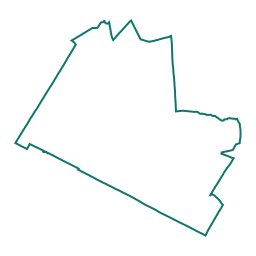 Dragotesti, Dolj, Romania
{"feature_id": "2599482B56727122450816", "entity_name": "Dragotesti", "entity_type": "district", "adm_level": 2, "iso_a3": "ROU", "parent_name": "Romania", "parent_adm1": "Dolj", "projection": "equal_earth", "projection_center": [24.092, 44.259], "detail": "fine", "context": "isolated", "style": "outline", "palette": "teal", "viewbox_px": 256, "rotation_deg": 0, "n_neighbors": 0, "source": "geoboundaries", "source_scale": "gbopen_adm2", "svg_char_len": 3838}
<svg xmlns="http://www.w3.org/2000/svg" viewBox="0 0 256 256"><path d="M226.5,151.4L226.4,151.4L232.8,150.0L235.8,144.5L239.7,143.1L239.9,140.3L240.3,138.4L240.4,137.2L240.5,135.2L240.6,133.9L240.4,128.8L239.9,126.2L239.8,125.2L239.9,124.8L239.9,124.3L239.4,123.4L238.5,121.8L237.0,118.8L235.6,119.4L234.9,118.8L231.2,118.5L229.6,118.1L227.8,118.5L227.1,119.2L224.2,119.4L223.8,120.3L222.7,120.7L221.0,120.3L219.0,118.8L217.5,117.8L214.9,115.8L214.2,116.1L213.4,116.0L212.0,115.6L211.5,115.2L210.7,114.7L209.3,114.9L207.8,114.9L206.2,114.7L204.8,114.0L203.6,114.1L202.1,113.6L200.7,113.8L199.6,113.5L198.7,112.7L197.5,111.9L196.4,111.8L194.4,111.9L183.0,110.7L176.0,111.4L176.0,111.1L175.9,109.4L175.8,108.0L175.8,107.2L175.7,105.1L175.6,103.0L175.5,101.7L175.3,98.3L175.1,94.9L175.0,91.4L174.5,84.9L174.4,82.5L173.9,76.2L173.7,75.1L173.4,72.2L173.3,69.1L172.6,63.5L172.6,62.2L172.3,58.0L172.2,52.9L172.0,48.3L171.9,44.9L171.6,40.7L171.2,37.9L171.0,35.9L170.4,36.1L168.9,37.0L164.9,37.8L157.9,39.8L153.3,41.0L149.7,41.7L147.7,41.5L146.2,41.0L144.4,40.5L142.4,39.8L140.7,39.4L137.2,32.7L133.8,25.9L132.1,22.4L131.4,21.1L131.1,20.5L130.5,21.0L129.9,21.5L129.3,22.1L128.6,22.9L126.3,25.4L124.8,27.0L123.6,28.4L121.8,30.5L120.5,31.8L119.5,32.8L115.4,37.6L114.2,38.9L113.6,39.5L113.5,39.8L113.3,40.0L113.2,40.1L112.9,39.5L112.5,38.6L112.1,37.5L111.8,36.6L111.5,35.6L111.0,33.2L110.7,31.0L110.2,28.2L109.7,25.6L109.5,24.4L109.4,23.5L109.1,22.2L108.8,22.5L108.3,23.1L107.9,23.4L107.7,23.5L107.3,23.6L106.9,23.6L106.4,23.5L106.1,23.4L105.8,23.3L105.4,23.0L105.2,22.7L105.1,22.3L104.9,21.9L104.7,21.6L104.6,21.3L104.5,21.1L104.4,21.0L104.3,20.9L104.2,20.9L103.9,21.3L103.4,21.9L103.0,22.2L102.5,22.2L102.3,22.2L101.8,22.4L100.8,22.6L99.9,24.1L98.9,25.6L97.3,27.9L94.8,28.1L92.4,28.0L83.0,33.7L79.6,35.8L75.1,38.5L74.1,39.1L72.8,39.8L71.6,40.5L73.8,42.1L74.5,42.9L75.8,44.5L70.9,52.8L67.8,57.8L63.1,65.9L60.7,69.8L57.8,74.4L55.9,77.6L54.4,80.1L53.2,82.2L52.4,83.6L51.5,85.0L50.7,86.1L48.2,90.1L46.2,93.2L44.4,96.3L41.5,100.9L37.3,107.9L35.8,110.1L35.0,111.3L34.1,112.6L32.4,115.5L29.5,119.9L28.6,121.6L27.3,123.9L26.0,125.8L15.4,143.0L17.0,143.9L18.4,144.6L20.3,145.6L21.0,146.0L22.5,146.8L24.6,147.8L27.0,149.0L28.1,147.0L29.2,144.9L29.6,144.0L30.9,144.6L31.9,145.1L33.9,146.1L36.4,147.3L38.5,148.3L40.5,149.2L41.3,149.6L42.1,150.0L43.0,150.4L43.4,150.7L43.2,151.1L43.1,151.6L43.2,151.8L44.1,152.1L44.5,151.9L44.9,151.7L45.2,151.8L45.9,152.1L46.2,152.2L46.5,152.2L46.6,152.3L46.6,152.2L47.5,152.7L49.9,153.9L63.4,160.9L66.1,162.3L69.4,163.9L72.9,165.7L76.1,167.3L78.6,168.6L78.0,169.6L78.9,170.0L81.9,171.6L87.2,174.3L91.6,176.6L97.9,180.0L101.8,182.0L103.1,182.7L104.4,183.3L105.3,183.6L106.3,184.1L108.2,185.2L109.5,185.8L111.8,186.9L114.9,188.5L117.3,189.8L119.0,190.4L121.1,191.6L125.5,193.8L127.1,194.6L128.8,195.4L130.0,196.0L130.5,196.4L131.1,196.7L133.2,197.8L134.1,198.3L135.5,199.1L136.7,199.7L137.6,200.2L144.9,204.6L150.1,207.1L155.0,209.6L160.4,212.8L164.4,214.7L167.8,216.4L173.0,219.0L178.3,221.8L183.1,224.1L189.8,227.4L190.1,227.6L196.4,230.9L205.5,235.5L208.4,229.7L211.9,223.7L216.7,215.4L219.1,211.2L220.4,209.3L221.2,207.9L222.5,205.7L222.9,204.9L222.7,204.6L222.3,204.3L222.0,204.0L221.5,203.5L221.3,203.1L220.8,202.4L220.5,201.8L220.2,201.3L219.7,200.6L219.2,200.1L218.7,199.4L217.9,198.7L217.3,198.2L217.2,198.0L217.1,197.9L216.9,197.7L216.7,197.6L215.9,197.0L215.3,196.2L214.6,195.6L213.0,194.7L212.6,194.4L212.0,194.4L211.6,194.5L211.1,194.8L210.5,195.2L209.8,195.9L210.5,194.8L211.0,193.9L211.5,193.2L213.3,190.2L214.7,187.8L215.9,185.8L216.9,184.3L217.9,182.8L218.7,181.4L220.5,178.5L223.1,174.3L223.7,173.1L225.9,169.6L226.8,168.5L227.1,168.0L230.3,163.9L233.6,158.3L231.5,157.7L229.2,156.6L221.4,153.7L221.8,152.4L223.2,152.1L224.1,151.9L225.4,151.6L226.5,151.4Z" fill="none" stroke="#0f766e" stroke-width="2"/></svg>